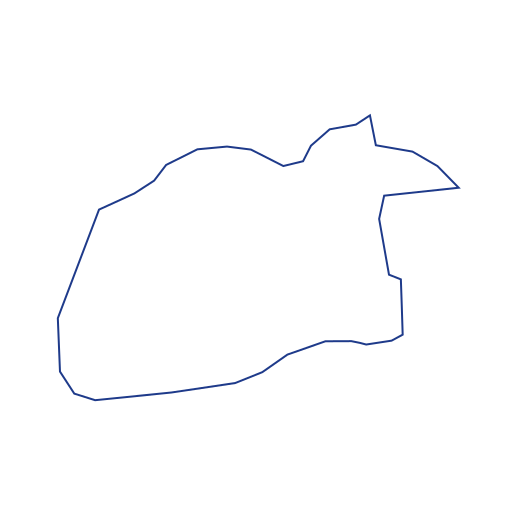 outline of Wadi Bissam, Kanem, Chad, rotated 82°
{"feature_id": "50815135B97156808183777", "entity_name": "Wadi Bissam", "entity_type": "district", "adm_level": 2, "iso_a3": "TCD", "parent_name": "Chad", "parent_adm1": "Kanem", "projection": "natural_earth1", "projection_center": [15.685, 13.516], "detail": "fine", "context": "isolated", "style": "outline", "palette": "blue", "viewbox_px": 512, "rotation_deg": 82, "n_neighbors": 0, "source": "geoboundaries", "source_scale": "gbopen_adm2", "svg_char_len": 618}
<svg xmlns="http://www.w3.org/2000/svg" viewBox="0 0 512 512"><g transform="rotate(82 256 256)"><path d="M367.0,455.1L376.4,435.4L379.4,358.8L378.9,294.3L371.9,265.9L358.0,238.6L350.1,199.1L353.6,173.4L356.5,165.2L359.0,159.2L358.7,133.5L354.3,121.7L326.7,118.7L299.3,115.8L293.0,126.9L236.4,128.9L214.1,120.7L216.6,45.8L192.2,63.8L174.4,86.5L163.0,121.9L132.6,123.6L139.8,138.8L140.8,165.4L154.4,186.2L168.7,196.2L170.7,216.4L149.9,246.2L143.6,269.5L142.2,299.2L153.3,332.3L167.2,346.4L177.1,367.7L188.2,405.0L196.8,409.7L290.0,460.9L343.2,466.2L367.0,455.1Z" fill="none" stroke="#1e3a8a" stroke-width="2"/></g></svg>